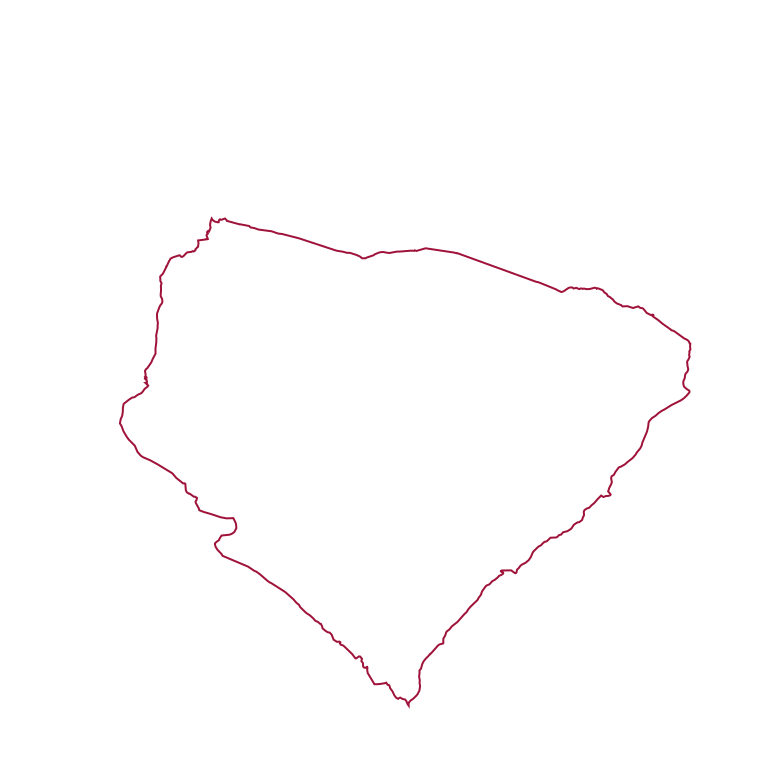 the district of Lapusata, Vâlcea, Romania, rotated 222°
{"feature_id": "2599482B55228800753193", "entity_name": "Lapusata", "entity_type": "district", "adm_level": 2, "iso_a3": "ROU", "parent_name": "Romania", "parent_adm1": "Vâlcea", "projection": "equal_earth", "projection_center": [23.992, 44.913], "detail": "fine", "context": "isolated", "style": "outline", "palette": "rose", "viewbox_px": 768, "rotation_deg": 222, "n_neighbors": 0, "source": "geoboundaries", "source_scale": "gbopen_adm2", "svg_char_len": 6154}
<svg xmlns="http://www.w3.org/2000/svg" viewBox="0 0 768 768"><g transform="rotate(222 384 384)"><path d="M622.8,391.7L621.7,389.0L620.2,386.5L619.5,385.6L617.6,384.3L617.3,383.7L616.2,380.7L616.7,380.8L617.1,380.1L617.2,378.9L617.0,378.3L615.7,378.3L615.5,378.0L615.7,376.4L615.2,375.6L611.9,373.9L612.4,373.0L613.3,372.5L613.3,372.0L618.2,366.3L615.9,364.3L614.0,361.5L614.3,360.3L614.1,359.2L614.3,357.9L613.7,357.2L613.7,356.7L614.1,355.1L615.2,354.6L615.5,353.4L618.2,350.3L618.5,348.9L618.6,344.8L619.2,343.2L620.0,342.8L621.7,343.0L622.2,342.7L625.5,337.1L626.5,334.4L625.8,331.0L624.5,326.8L624.5,325.8L624.2,325.8L622.1,318.0L622.3,314.2L619.0,310.8L616.8,310.1L615.5,307.7L612.1,304.1L609.8,301.0L608.6,299.8L606.0,298.8L604.1,297.3L603.3,296.0L603.0,295.2L602.9,292.9L602.3,290.7L599.9,284.7L598.3,282.7L595.9,280.4L592.9,278.1L591.0,275.5L589.7,274.2L585.6,267.3L584.0,266.0L580.8,262.2L577.6,257.5L574.1,253.7L572.6,247.8L571.4,244.3L570.5,237.4L570.8,236.0L570.4,233.8L567.7,231.7L566.4,230.2L566.4,229.7L565.3,230.1L564.6,229.8L564.8,229.4L565.7,228.9L565.4,228.1L564.5,227.9L563.4,228.2L562.7,227.4L562.2,227.5L561.7,227.2L561.4,226.4L560.9,226.1L561.9,225.2L558.2,225.1L558.0,223.7L558.6,220.1L558.2,216.9L558.2,214.8L559.8,211.2L560.6,207.3L562.1,205.3L563.0,201.9L564.1,195.4L564.1,194.9L562.2,191.7L559.6,188.7L557.3,185.2L556.1,181.6L553.9,178.0L551.1,177.2L545.6,174.4L539.7,172.6L536.5,171.9L527.9,171.4L521.8,168.6L516.9,168.0L514.3,168.3L506.9,170.8L498.5,172.8L481.6,176.0L475.4,175.2L466.8,175.7L466.0,176.6L464.9,176.9L460.1,172.4L458.1,171.6L455.4,172.0L455.1,172.5L449.9,173.0L449.1,173.8L446.7,174.2L445.7,172.3L445.4,170.6L444.5,169.8L438.1,167.5L436.8,166.6L432.1,168.4L425.1,171.8L416.3,175.6L411.1,178.8L406.2,183.5L401.6,181.7L399.8,180.5L397.3,178.1L396.2,174.1L396.4,172.6L397.1,170.2L398.1,168.5L403.3,162.7L402.8,159.3L402.2,157.5L402.8,154.6L403.0,152.6L402.2,151.6L399.9,150.2L396.4,149.3L391.3,149.0L388.9,148.3L362.9,157.3L355.2,158.4L353.5,159.1L348.9,159.6L338.3,159.8L336.0,160.1L334.5,160.6L318.2,163.3L307.3,163.4L302.7,162.8L299.4,163.0L296.9,162.1L288.7,161.8L284.3,162.5L279.9,162.5L276.6,162.1L273.7,163.0L271.1,163.0L270.4,163.5L267.8,162.5L266.2,161.3L262.4,161.4L259.9,161.8L258.0,162.9L256.2,162.8L255.2,162.7L250.4,160.3L246.4,160.9L244.8,162.7L243.7,162.9L243.3,162.6L243.2,161.7L241.6,161.3L239.9,162.2L238.1,162.4L226.9,162.0L221.7,161.0L221.1,161.4L220.3,164.9L219.3,165.5L216.4,165.0L215.5,163.0L212.9,162.5L210.8,160.4L209.9,159.9L208.9,160.0L207.7,160.8L207.5,161.1L207.6,162.0L207.2,162.5L206.4,162.0L205.3,160.4L202.7,158.3L190.2,154.5L188.2,156.3L185.3,159.5L182.9,162.6L182.5,163.5L180.0,162.9L179.2,163.5L178.4,163.6L175.7,162.0L172.1,161.3L167.8,159.5L164.8,159.0L162.8,159.5L162.6,161.0L162.1,161.8L159.3,162.4L157.3,163.6L155.4,163.4L152.3,161.9L150.5,161.5L151.9,163.0L152.4,164.2L152.4,166.7L151.7,169.5L151.4,174.1L151.5,175.8L152.5,179.8L155.0,183.6L157.5,185.6L159.3,187.9L162.1,190.0L164.5,193.4L165.8,194.6L166.0,195.3L166.0,197.2L168.1,201.3L169.0,204.3L169.2,208.1L169.0,211.0L169.1,214.1L168.9,214.1L168.8,216.3L168.9,225.9L168.5,227.5L166.4,230.9L169.5,234.5L170.3,238.2L171.4,240.5L171.8,241.9L171.2,245.3L171.4,249.3L170.2,256.3L170.3,266.8L170.0,269.6L170.6,273.0L170.7,276.1L170.0,286.0L170.7,288.9L170.8,291.3L171.1,292.7L172.0,294.5L172.4,295.9L173.1,301.8L173.0,302.7L171.6,305.7L171.6,309.9L170.6,312.7L170.1,316.2L170.1,318.6L169.1,320.4L168.6,322.6L168.8,323.2L169.2,323.5L171.7,322.9L172.0,323.3L171.8,324.1L164.8,330.6L160.6,331.0L159.6,331.5L159.4,332.4L160.9,335.1L160.7,337.4L161.0,340.3L160.6,342.2L159.2,345.8L158.6,350.0L159.1,353.7L160.5,357.7L160.9,359.5L160.4,366.6L159.4,369.2L159.4,371.7L159.1,374.1L157.8,375.9L157.4,381.2L153.3,385.2L152.9,386.5L152.8,388.9L151.6,390.6L151.7,393.7L149.3,397.2L148.8,398.8L148.1,401.4L148.1,402.6L148.7,406.1L148.5,407.5L147.7,410.4L146.5,412.0L145.8,415.3L146.2,416.5L146.9,417.8L147.4,419.9L147.9,420.7L149.9,422.6L150.5,423.8L150.6,424.7L149.9,427.3L148.7,429.4L148.6,432.9L148.1,436.1L148.2,441.3L148.0,446.4L145.3,446.8L144.3,449.0L142.3,451.1L141.5,452.5L141.5,453.2L141.6,453.5L142.5,453.8L145.5,454.1L147.0,457.3L148.2,461.7L149.0,463.5L152.1,465.9L153.1,467.6L152.4,470.4L153.2,473.6L153.7,478.8L153.5,479.6L152.7,480.9L151.2,485.5L150.8,489.2L149.7,495.3L149.8,500.1L150.3,502.1L150.5,507.4L151.2,510.3L152.8,513.4L156.8,524.8L159.0,528.8L161.8,532.8L162.0,533.7L162.1,537.7L160.9,542.3L160.6,545.6L159.7,549.7L158.5,552.9L156.2,560.9L152.4,570.6L151.6,574.0L151.3,577.5L151.4,582.0L151.8,582.7L152.7,583.3L155.8,582.8L159.2,582.8L161.2,584.0L162.7,585.4L163.7,587.1L164.2,589.1L166.7,593.0L166.8,596.3L167.7,598.5L170.4,600.4L173.5,603.2L173.9,604.1L174.1,605.8L175.1,608.8L176.5,609.5L178.2,612.0L179.0,612.6L179.4,614.7L181.3,616.3L183.4,618.9L183.7,618.6L186.2,619.7L188.0,619.7L191.7,618.7L203.2,617.5L205.2,616.9L206.5,616.2L207.0,616.4L216.9,615.2L222.7,615.0L229.0,614.2L229.4,614.2L229.6,615.2L230.2,615.6L231.1,615.0L231.5,613.9L236.3,612.6L241.3,613.4L242.5,613.3L244.7,612.0L247.0,611.8L249.8,607.1L255.2,604.7L258.7,601.2L260.6,601.3L264.8,599.7L267.6,599.4L270.9,600.0L272.7,599.7L273.7,599.9L276.5,599.2L278.7,599.9L281.8,599.5L283.2,599.9L284.5,600.0L288.7,598.4L289.3,598.1L289.6,597.1L290.7,597.2L291.8,596.6L294.7,592.2L297.0,590.0L299.3,588.7L300.0,587.6L301.3,587.1L301.9,586.4L302.3,585.2L305.5,584.1L306.9,581.9L308.7,581.7L309.8,580.8L311.1,579.0L312.6,572.9L313.8,571.0L318.3,569.6L319.3,569.5L337.0,563.1L339.7,561.6L417.3,530.2L417.3,529.9L419.8,528.6L443.9,512.7L449.0,504.5L450.5,503.9L450.4,503.6L450.8,503.1L453.4,500.9L459.9,494.0L463.1,490.9L467.7,484.9L470.5,483.0L472.6,481.8L474.7,479.8L476.1,477.5L477.5,474.5L478.1,472.3L481.5,466.3L482.0,464.9L484.4,462.8L487.4,462.6L491.0,461.4L497.0,458.7L499.5,456.6L502.9,454.9L508.5,451.3L544.6,435.4L560.1,427.3L563.3,425.0L569.7,422.3L580.6,414.8L584.7,413.1L588.1,411.0L589.9,411.2L598.0,406.3L598.0,406.1L609.9,400.1L610.3,400.4L612.9,400.6L614.6,397.4L615.2,396.8L615.9,396.8L616.2,396.4L616.1,395.0L615.1,393.6L615.6,393.0L618.4,391.5L620.8,391.2L622.8,391.7Z" fill="none" stroke="#9f1239" stroke-width="2"/></g></svg>